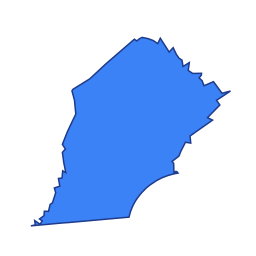 the district of Chester, Pennsylvania, United States of America, rotated 355°
{"feature_id": "52423323B16152301148770", "entity_name": "Chester", "entity_type": "district", "adm_level": 2, "iso_a3": "USA", "parent_name": "United States of America", "parent_adm1": "Pennsylvania", "projection": "natural_earth1", "projection_center": [-75.735, 39.984], "detail": "fine", "context": "isolated", "style": "filled", "palette": "blue", "viewbox_px": 256, "rotation_deg": 355, "n_neighbors": 0, "source": "geoboundaries", "source_scale": "gbopen_adm2", "svg_char_len": 1371}
<svg xmlns="http://www.w3.org/2000/svg" viewBox="0 0 256 256"><g transform="rotate(355 128 128)"><path d="M169.8,177.7L170.4,167.3L169.0,165.1L176.3,160.4L178.6,155.8L184.0,147.2L189.2,148.5L189.1,141.4L195.0,137.9L212.9,127.5L208.1,124.6L221.5,113.1L218.6,108.1L230.0,101.9L233.3,100.1L224.7,101.6L217.2,89.3L207.4,92.5L205.9,87.3L203.2,84.3L205.7,81.7L206.0,79.9L197.2,79.3L193.0,75.9L194.8,68.2L188.2,71.5L187.7,65.1L184.8,62.8L182.6,58.9L180.0,51.9L175.6,55.9L168.0,41.4L165.0,46.5L160.8,43.1L156.0,40.8L150.1,39.0L147.7,39.8L144.3,42.0L142.1,40.1L111.9,61.9L94.2,75.7L76.6,84.6L75.4,86.1L77.1,95.6L77.2,109.6L72.9,116.8L67.2,126.6L61.2,138.6L63.8,143.5L60.5,146.6L61.0,156.8L62.1,167.0L59.2,165.0L57.9,172.1L54.3,172.2L55.0,180.0L49.4,181.3L50.3,186.2L46.2,196.0L43.8,197.3L41.5,204.1L37.4,203.6L36.7,208.0L31.9,210.9L34.5,213.1L32.0,216.2L27.0,212.1L27.2,216.5L22.7,217.0L25.9,217.0L52.1,216.9L56.0,216.9L60.0,217.0L110.7,216.9L111.2,216.9L114.1,216.9L117.1,216.9L121.2,216.9L123.2,211.5L124.8,208.3L125.0,207.8L126.8,204.7L129.1,201.3L131.3,198.6L133.9,195.7L134.7,194.9L135.9,193.7L136.6,193.1L138.5,191.5L140.9,189.4L145.0,186.6L150.2,183.8L151.3,183.1L157.1,180.7L159.0,180.1L163.7,178.8L169.6,177.7L169.8,177.7ZM173.9,177.3L173.3,176.3L172.9,175.8L171.9,175.4L171.4,175.7L170.3,177.6L173.9,177.3Z" fill="#3b82f6" stroke="#1e3a8a" stroke-width="1.5"/></g></svg>